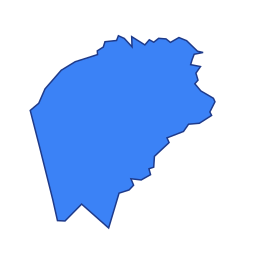 Whitley, Kentucky, United States of America (Mercator projection), rotated 75°
{"feature_id": "52423323B1147631697949", "entity_name": "Whitley", "entity_type": "district", "adm_level": 2, "iso_a3": "USA", "parent_name": "United States of America", "parent_adm1": "Kentucky", "projection": "mercator", "projection_center": [-84.171, 36.78], "detail": "fine", "context": "isolated", "style": "filled", "palette": "blue", "viewbox_px": 256, "rotation_deg": 75, "n_neighbors": 0, "source": "geoboundaries", "source_scale": "gbopen_adm2", "svg_char_len": 795}
<svg xmlns="http://www.w3.org/2000/svg" viewBox="0 0 256 256"><g transform="rotate(75 128 128)"><path d="M58.8,48.8L53.8,55.4L56.3,64.9L51.8,68.2L49.3,75.2L51.8,80.9L48.3,84.6L52.1,90.2L40.7,100.8L50.7,103.1L40.5,108.4L36.4,113.4L40.5,116.4L38.7,127.9L43.4,130.9L45.5,137.7L49.2,138.4L50.3,161.8L54.9,177.5L68.7,198.0L81.0,207.8L85.7,217.9L123.9,218.3L177.4,219.2L199.2,220.1L201.5,212.9L189.5,192.5L219.6,172.6L188.6,153.5L188.1,142.9L184.7,137.4L177.8,138.3L181.6,128.7L178.9,118.3L172.8,118.3L172.5,113.3L162.2,109.8L152.7,92.1L147.6,92.9L145.7,75.3L140.0,68.5L141.9,57.9L137.5,44.0L133.7,44.8L125.2,37.2L121.4,37.8L111.1,48.0L102.6,52.0L99.9,48.0L92.6,48.2L87.4,42.1L83.0,51.1L78.3,48.2L73.9,45.0L74.5,35.9L71.8,41.0L58.8,48.8Z" fill="#3b82f6" stroke="#1e3a8a" stroke-width="1.5"/></g></svg>